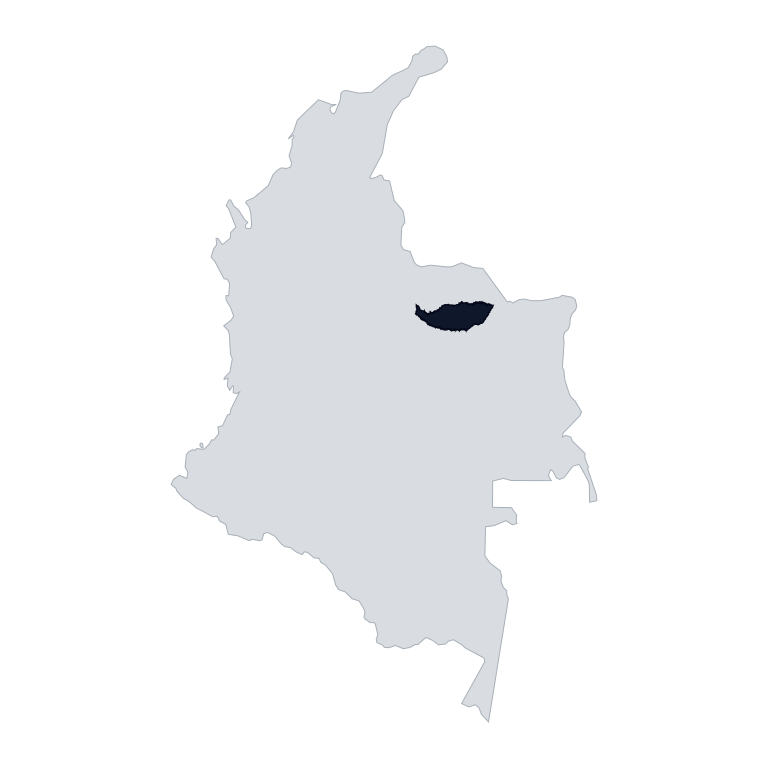 Paz De Ariporo, Casanare, Colombia shown in context
{"feature_id": "7082276B32488030547396", "entity_name": "Paz De Ariporo", "entity_type": "district", "adm_level": 2, "iso_a3": "COL", "parent_name": "Colombia", "parent_adm1": "Casanare", "projection": "natural_earth1", "projection_center": [-71.123, 5.772], "detail": "fine", "context": "in_parent", "style": "filled", "palette": "ink", "viewbox_px": 768, "rotation_deg": 0, "n_neighbors": 0, "source": "geoboundaries", "source_scale": "gbopen_adm2", "svg_char_len": 9531}
<svg xmlns="http://www.w3.org/2000/svg" viewBox="0 0 768 768"><path d="M441.2,69.2L433.6,72.8L418.9,77.2L408.8,96.3L401.9,99.6L393.4,110.9L387.2,124.9L382.3,153.4L369.7,177.5L370.8,178.6L375.8,177.5L380.5,174.9L382.2,175.7L383.9,179.9L389.6,181.0L394.2,200.5L402.8,210.5L403.8,214.3L404.9,222.4L401.8,227.3L400.9,245.2L403.6,249.7L410.1,251.5L414.4,262.6L417.1,265.2L421.1,266.9L430.6,265.2L447.8,267.0L451.9,266.7L461.5,262.9L473.7,267.6L482.8,268.4L507.3,302.0L509.8,301.1L512.9,303.0L519.1,299.6L524.5,299.0L531.5,300.7L540.7,300.7L559.4,297.2L562.1,295.3L572.3,297.3L575.3,299.7L576.8,306.0L575.6,309.9L572.1,313.8L570.2,318.8L569.8,324.9L568.0,329.5L564.7,332.4L563.4,336.6L564.1,342.2L562.4,367.6L563.8,369.7L564.9,380.1L569.2,393.6L571.3,397.5L574.9,400.7L581.5,411.8L580.0,415.6L563.2,433.0L562.3,437.0L565.6,435.4L570.7,437.0L572.5,441.2L585.0,453.4L584.9,458.0L588.4,467.1L587.8,469.2L596.5,495.2L596.8,500.7L589.6,502.2L589.3,484.8L588.3,481.2L580.1,465.7L578.4,464.5L572.9,466.2L563.9,477.7L559.6,479.4L556.3,477.8L552.8,471.0L550.6,469.7L548.4,475.5L551.2,480.6L511.2,480.5L503.4,478.4L492.7,481.0L492.5,507.3L511.5,507.7L516.7,515.2L516.2,521.4L517.0,523.5L512.5,524.8L505.8,520.7L494.1,525.6L485.5,526.8L484.9,555.9L490.1,563.1L500.2,570.9L501.6,576.2L501.0,581.2L503.3,587.4L506.7,590.7L506.7,594.5L508.4,598.7L488.5,721.9L481.5,714.4L478.9,707.6L475.4,704.8L468.8,706.9L461.6,703.5L484.8,661.7L484.0,658.0L464.7,647.7L462.6,645.2L453.4,639.7L448.4,641.2L445.4,644.0L438.4,644.8L432.7,640.4L426.0,637.5L417.9,644.5L415.4,644.5L409.7,647.5L403.4,648.7L395.4,645.5L388.9,647.7L384.3,647.3L382.6,645.1L376.9,642.6L376.2,639.7L377.8,634.6L375.4,624.4L374.4,622.7L370.0,622.5L364.9,618.9L363.9,616.7L365.0,612.5L364.0,609.0L359.0,600.9L352.0,598.7L345.3,591.9L338.6,589.6L335.5,584.7L332.6,573.8L325.6,565.2L320.8,562.3L319.1,558.4L314.1,557.9L307.4,552.3L304.3,551.9L302.2,554.6L295.9,551.8L290.6,547.7L285.0,546.6L281.4,544.1L274.8,536.2L267.7,532.4L263.6,533.8L262.2,539.7L259.8,540.7L251.6,539.2L250.3,540.5L248.1,540.2L238.1,535.9L228.3,534.3L225.8,524.5L219.4,520.9L217.5,516.3L213.1,516.8L196.2,507.9L189.2,501.7L183.2,498.2L177.0,491.3L176.0,488.5L171.2,484.4L173.6,479.2L179.4,475.3L186.9,478.4L187.9,472.3L185.1,466.9L186.4,454.7L188.4,452.0L192.6,449.6L195.2,450.5L196.8,448.5L203.0,449.4L204.8,448.6L209.6,443.7L211.6,439.8L213.7,440.2L218.8,433.6L217.9,427.0L222.6,425.6L227.6,414.8L229.8,414.5L230.9,409.4L239.6,391.7L236.4,393.7L233.1,392.5L233.6,386.5L232.6,385.8L229.7,390.4L227.3,385.7L228.0,378.1L224.1,379.5L224.3,377.7L229.9,372.0L232.3,358.9L230.5,354.1L229.3,334.5L228.4,330.7L223.7,325.8L231.1,320.2L233.7,316.0L230.4,307.2L226.1,299.9L226.0,295.5L228.6,295.9L229.7,283.7L227.2,279.1L224.2,279.0L214.5,260.9L211.1,257.2L213.7,248.6L216.7,244.7L216.1,238.2L218.0,238.5L222.2,244.5L223.9,243.5L230.4,237.9L230.6,232.6L235.9,227.1L228.6,208.6L226.1,205.7L229.1,199.8L230.8,200.1L233.7,205.9L238.3,209.7L245.0,220.0L247.9,222.3L245.8,224.6L245.4,227.0L246.3,228.4L250.2,228.7L251.7,225.9L250.8,213.4L249.2,207.1L245.6,202.7L246.8,200.8L253.7,197.8L268.1,185.8L273.1,174.6L276.9,170.6L281.2,167.9L286.4,168.5L290.5,167.1L291.7,163.5L289.1,155.8L292.2,145.1L292.1,139.7L294.1,136.5L293.4,135.2L288.2,139.0L293.6,131.5L297.4,120.0L318.4,99.8L332.0,104.7L336.3,104.4L330.6,106.9L329.8,109.8L331.7,112.9L333.8,113.8L335.6,111.8L340.2,100.0L340.9,93.4L342.9,91.2L345.8,90.4L359.1,93.2L371.7,92.2L392.4,75.3L407.9,68.1L411.8,61.2L412.8,56.0L415.6,54.0L418.5,54.0L420.3,51.1L427.4,46.6L435.1,46.1L443.2,50.0L446.9,57.0L447.5,61.8L441.2,69.2ZM203.2,447.2L202.2,448.1L200.4,446.5L199.8,444.5L200.9,443.0L202.4,443.5L203.2,447.2Z" fill="#d9dde1" stroke="#a8b0b8" stroke-width="1"/><path d="M491.1,304.9L490.6,304.9L490.4,304.6L490.4,304.4L490.3,304.6L490.3,304.9L490.2,304.6L489.9,304.8L489.4,304.4L489.4,304.7L489.2,304.5L489.2,304.8L489.1,304.6L488.8,304.7L488.6,304.3L488.3,304.4L488.1,304.1L487.9,304.1L487.7,304.6L487.2,304.4L487.1,304.8L486.9,304.5L486.7,304.8L486.7,304.4L486.3,303.9L485.9,304.0L485.7,303.6L485.4,303.9L485.4,303.5L485.1,303.5L484.8,303.1L484.4,302.9L484.5,303.3L484.3,303.2L483.8,302.9L484.0,302.7L483.6,302.5L483.3,302.4L483.3,302.7L483.2,302.5L482.9,302.5L482.8,302.8L482.7,302.9L482.8,302.7L482.6,302.6L482.5,303.0L482.4,302.8L482.0,303.0L482.1,302.8L481.9,302.8L482.0,302.7L481.7,302.4L481.8,302.3L481.7,302.1L481.4,302.5L481.4,302.3L481.2,302.5L481.0,302.3L480.9,302.6L480.8,302.4L480.2,302.6L480.3,302.3L480.1,302.2L480.1,302.5L479.9,302.1L479.9,302.5L479.6,302.3L479.6,302.7L478.9,302.8L478.0,302.8L478.0,302.5L477.6,302.7L477.3,302.4L477.0,302.9L476.8,302.8L476.6,302.3L476.6,302.5L476.3,302.4L476.6,302.2L475.8,301.9L475.5,302.3L475.5,302.9L474.8,302.8L475.0,303.2L474.5,303.2L474.6,303.5L474.3,303.4L474.2,303.8L473.7,303.5L473.7,304.1L473.6,303.9L473.5,304.2L473.2,304.1L473.3,304.3L473.0,304.3L473.0,304.6L472.8,304.3L472.2,304.4L472.2,304.1L471.7,303.9L471.5,304.2L470.2,304.0L470.1,304.3L469.8,304.4L469.7,304.1L469.4,304.3L469.3,304.1L469.0,304.3L468.6,304.1L468.5,304.5L468.1,303.8L467.7,303.7L467.8,303.4L467.5,303.4L467.6,303.1L467.2,303.0L467.0,302.8L466.7,302.7L466.5,302.9L466.2,302.8L466.1,303.1L465.6,303.0L465.3,303.3L464.7,303.3L464.6,303.0L463.4,303.5L462.5,302.2L462.2,302.4L462.2,302.1L461.9,302.1L461.9,302.3L461.7,302.1L461.6,302.4L461.4,302.2L461.0,302.8L460.2,302.8L459.6,303.5L459.3,303.4L459.4,303.8L459.1,303.6L459.1,304.3L458.9,304.4L458.9,304.6L458.7,304.9L456.6,304.8L456.3,305.1L456.2,305.5L455.8,305.5L455.4,305.3L454.9,305.6L453.2,305.2L452.7,305.4L451.1,305.0L450.0,305.3L449.4,305.0L449.1,305.2L448.6,304.7L448.5,304.9L447.7,304.6L447.0,304.9L445.9,304.8L445.8,305.0L445.7,304.8L445.0,304.8L444.9,305.2L444.2,305.1L443.3,305.6L442.3,305.7L442.2,306.1L441.7,306.6L441.6,306.9L441.8,307.1L441.4,307.6L441.2,307.6L441.2,308.0L440.4,308.1L440.2,308.4L440.4,308.7L440.0,308.9L439.7,308.4L439.5,309.0L439.3,309.1L439.4,309.3L438.8,309.5L438.7,310.1L438.1,310.0L438.2,310.3L437.7,310.4L437.6,310.6L437.4,310.6L437.4,310.3L437.1,310.3L437.0,310.9L436.2,311.4L435.5,311.4L435.3,311.0L434.8,311.1L434.8,311.4L434.5,311.2L434.3,311.6L434.4,311.8L434.2,311.8L434.4,312.2L433.8,312.5L433.4,312.3L432.6,312.6L432.6,313.0L432.2,312.8L432.2,312.7L432.2,312.9L431.6,313.0L431.2,312.6L431.3,313.0L430.9,312.8L431.1,313.1L430.1,313.1L429.4,313.5L429.0,313.3L428.7,313.6L428.9,313.9L428.8,314.2L428.2,314.0L428.4,314.4L428.2,314.7L428.2,314.4L427.8,314.5L427.6,314.3L427.6,314.6L427.3,314.4L427.3,314.2L427.7,314.1L427.1,313.6L426.7,313.6L426.8,313.9L426.5,313.9L426.1,312.9L425.8,313.0L425.8,312.8L425.3,312.3L425.0,312.5L425.0,312.1L424.5,312.2L424.5,311.9L424.9,311.6L424.5,311.8L424.4,311.4L424.3,311.7L424.2,311.1L424.0,311.4L423.7,311.0L422.8,311.1L420.1,310.0L419.9,309.6L419.8,309.0L419.2,308.5L419.3,307.8L418.7,306.7L418.3,306.2L418.0,306.2L417.8,305.8L416.9,305.6L416.4,305.1L416.4,306.6L416.7,306.8L416.5,307.7L417.0,308.9L417.0,309.6L416.8,310.8L416.5,310.7L416.2,311.3L416.3,312.9L415.8,313.2L415.6,313.6L416.6,314.9L417.6,314.8L418.3,315.1L418.7,316.4L420.1,317.1L420.4,317.8L420.4,317.6L420.7,317.9L420.7,318.4L421.1,318.3L421.3,318.8L421.4,318.6L421.6,318.8L421.6,318.6L421.8,318.8L422.1,318.7L422.3,319.0L422.3,318.7L422.5,319.0L423.1,318.9L423.8,319.6L423.6,320.0L424.0,320.5L424.4,320.6L424.7,320.2L425.1,320.3L425.0,320.8L425.4,321.4L426.9,321.9L427.0,323.0L427.6,322.9L427.9,324.4L428.7,324.4L429.3,325.1L429.7,324.8L429.9,324.9L429.8,324.6L430.1,324.4L430.5,324.9L431.1,325.1L430.9,325.5L431.2,325.5L431.4,325.7L431.7,325.3L431.9,325.8L432.3,325.9L432.6,325.7L432.8,326.0L432.9,325.7L433.5,326.0L433.9,326.5L434.2,326.4L434.3,326.8L434.6,326.6L435.2,326.9L435.6,327.5L435.7,327.3L436.0,327.4L435.9,327.3L436.1,327.2L436.2,327.4L436.9,327.2L436.9,327.4L437.6,327.7L437.8,327.4L438.1,327.6L438.1,327.2L438.3,327.2L438.4,327.5L438.4,327.2L439.2,327.7L439.1,327.9L439.6,327.4L439.5,327.8L439.9,327.9L439.9,328.1L440.4,328.5L440.7,328.3L440.8,328.8L441.1,328.9L441.1,329.0L441.4,328.8L442.0,329.1L442.7,328.7L443.2,329.2L443.4,329.0L443.4,329.3L443.7,329.6L444.1,329.7L444.3,329.4L444.2,329.5L444.5,329.5L444.9,329.4L445.1,329.8L445.6,329.6L445.7,329.9L445.7,329.6L446.0,329.8L446.6,329.3L446.9,329.6L447.1,329.1L448.6,329.2L449.0,328.6L449.4,329.1L449.5,329.0L450.2,329.1L450.4,329.9L450.7,329.8L450.8,330.3L451.1,330.5L451.2,330.2L451.2,330.5L451.8,330.7L452.3,330.2L452.7,330.3L452.8,330.0L453.0,330.1L453.2,329.6L453.5,329.8L453.6,329.6L453.9,329.6L454.1,330.0L454.3,329.7L454.6,329.8L454.9,330.2L454.9,329.4L455.1,329.2L455.5,329.5L455.7,329.4L455.9,329.8L456.4,329.7L456.8,330.1L457.1,329.5L457.8,329.6L458.7,330.0L458.9,330.4L459.2,330.3L459.4,330.6L459.5,330.2L459.7,330.4L459.6,330.1L459.7,329.9L460.0,330.2L460.3,330.1L460.4,329.6L460.6,330.0L460.9,329.9L461.0,329.6L461.1,329.8L461.8,329.4L462.5,329.7L462.9,329.5L463.2,329.7L463.7,329.4L463.6,329.5L463.9,329.5L464.0,329.1L464.6,328.9L464.8,329.3L465.1,329.0L465.4,329.2L465.1,330.1L465.4,330.3L465.3,330.5L465.4,330.1L465.6,330.3L465.5,329.8L465.7,330.1L465.7,329.9L465.9,329.9L465.8,330.2L466.2,330.5L467.3,329.9L467.7,329.4L468.7,328.5L469.4,328.3L469.9,327.5L470.9,326.9L471.7,326.1L472.6,325.9L472.8,325.2L473.8,324.8L474.7,323.8L475.5,324.3L476.9,324.2L478.1,324.8L479.8,323.9L480.5,323.1L481.9,323.2L483.0,322.1L483.3,322.0L484.1,320.3L485.5,318.8L485.8,317.3L486.9,316.5L488.0,314.9L488.5,314.0L488.5,312.7L489.7,312.1L489.9,310.7L490.7,309.9L491.4,308.3L492.4,307.7L492.8,305.7L493.0,305.4L491.9,305.4L491.1,304.9Z" fill="#0f172a" stroke="#020617" stroke-width="1.5"/></svg>